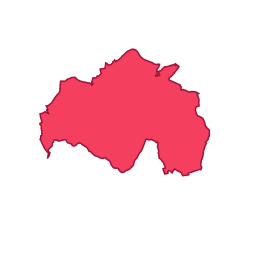 the district of Sarmasu, Mures, Romania, rotated 227°
{"feature_id": "2599482B42966946124172", "entity_name": "Sarmasu", "entity_type": "district", "adm_level": 2, "iso_a3": "ROU", "parent_name": "Romania", "parent_adm1": "Mures", "projection": "mercator", "projection_center": [24.153, 46.751], "detail": "fine", "context": "isolated", "style": "filled", "palette": "rose", "viewbox_px": 256, "rotation_deg": 227, "n_neighbors": 0, "source": "geoboundaries", "source_scale": "gbopen_adm2", "svg_char_len": 5848}
<svg xmlns="http://www.w3.org/2000/svg" viewBox="0 0 256 256"><g transform="rotate(227 128 128)"><path d="M181.6,185.9L181.8,185.6L183.0,184.6L184.2,180.6L184.5,179.9L184.5,177.8L184.4,176.6L184.4,173.9L184.6,172.7L184.6,172.3L184.3,171.4L184.1,170.8L184.3,169.6L184.2,168.1L184.2,167.7L184.5,166.7L184.9,165.7L184.8,164.4L186.8,164.5L186.7,164.3L186.7,163.9L186.6,163.7L186.5,163.0L186.5,162.8L186.7,162.5L186.7,161.9L186.5,161.6L186.3,161.4L186.1,160.8L186.0,160.3L186.0,159.8L185.9,159.4L185.9,159.0L186.7,157.4L187.2,156.8L188.6,156.6L189.4,156.6L190.4,156.4L190.7,156.5L190.5,156.3L190.5,156.1L190.8,156.0L190.4,155.6L190.2,155.6L187.3,151.8L188.8,149.8L190.1,147.7L187.5,146.3L186.0,145.6L186.0,142.5L185.9,142.4L187.0,140.8L187.0,140.6L186.3,139.0L188.6,136.4L186.9,134.1L186.8,133.8L186.8,133.5L185.8,132.3L185.6,132.5L185.5,132.3L185.6,132.2L185.0,131.9L184.4,132.2L184.1,132.4L184.0,130.6L185.3,130.8L186.3,130.8L187.6,130.3L188.0,129.9L188.1,129.1L188.9,129.0L190.1,128.4L191.0,127.6L193.0,126.2L195.1,125.0L197.0,124.2L198.9,123.9L200.0,123.8L201.0,124.0L203.3,121.3L204.0,119.1L204.8,117.6L205.0,116.0L205.0,114.5L205.3,113.7L205.6,113.1L206.4,112.7L207.2,111.7L208.2,110.7L207.6,109.8L207.3,109.5L207.1,109.5L205.9,107.9L204.1,106.1L203.0,104.8L202.4,104.4L201.7,103.6L201.2,102.7L200.8,101.8L200.5,100.6L200.6,99.5L200.4,97.5L200.2,96.2L200.0,95.3L199.9,94.4L199.4,94.0L199.5,93.3L199.2,92.0L198.9,91.2L198.4,88.7L198.6,87.7L198.7,85.2L199.0,84.5L199.9,83.3L199.3,83.2L197.9,82.6L197.0,82.4L196.6,82.1L196.2,81.8L196.7,81.3L196.8,80.9L196.7,80.8L195.7,80.5L192.8,79.8L194.4,79.0L195.0,79.0L195.4,78.8L195.9,78.7L196.5,78.4L196.7,77.1L197.1,75.5L197.6,74.8L197.7,74.5L198.4,73.4L196.6,72.1L194.3,70.8L190.7,68.9L191.5,66.8L191.0,66.4L191.0,66.5L190.6,66.3L189.3,66.2L188.5,65.9L188.2,65.6L187.0,64.3L184.3,62.6L183.6,62.0L182.6,61.0L181.7,60.4L181.3,59.6L181.8,58.8L181.0,58.2L180.2,57.2L179.7,56.5L179.8,56.1L179.2,55.8L177.0,55.3L173.9,54.2L169.6,53.0L168.6,52.8L164.8,52.6L163.6,52.4L163.3,52.1L162.0,50.1L161.0,48.8L160.9,48.9L161.0,49.6L161.4,51.0L162.2,52.6L162.8,53.3L163.1,54.1L163.4,54.1L163.9,53.9L164.9,53.8L165.6,54.2L166.0,54.5L166.5,54.7L166.6,55.3L166.5,56.0L166.8,57.4L166.5,58.3L166.7,59.4L166.6,60.2L167.6,61.2L168.3,62.2L168.5,62.7L168.7,63.9L169.4,65.3L169.5,65.8L169.3,66.0L167.3,68.1L166.0,68.1L165.4,68.7L164.0,71.2L163.4,72.5L163.0,72.9L162.8,73.5L162.5,73.8L162.0,74.4L161.6,74.4L159.9,73.9L158.4,73.8L157.7,74.3L156.5,74.7L155.2,75.7L153.6,75.4L153.6,75.5L152.6,75.5L152.2,75.7L151.6,76.3L151.0,77.5L150.9,78.1L151.0,80.3L150.8,81.6L150.7,81.8L149.8,82.3L149.2,83.0L148.9,83.2L147.8,83.1L147.0,83.2L141.5,84.7L137.7,83.7L136.0,84.5L133.9,84.5L132.6,84.7L130.7,84.8L129.7,85.2L128.5,86.2L125.3,87.1L124.2,87.8L122.8,88.8L122.7,89.6L122.5,90.0L121.7,91.3L121.3,91.1L120.3,91.1L115.9,92.1L112.0,90.5L109.1,90.3L108.1,90.6L107.0,91.6L106.4,92.4L105.5,93.0L105.0,93.2L103.8,92.9L102.2,92.7L101.3,92.8L99.8,93.1L98.9,94.0L98.5,95.0L98.4,95.3L98.4,96.4L98.3,97.1L97.0,100.2L96.8,101.3L96.8,101.6L97.0,102.9L96.9,104.0L96.9,104.8L97.2,105.9L97.1,106.3L98.0,107.9L98.4,108.4L99.8,111.0L99.9,112.8L100.0,114.3L100.1,114.9L100.6,115.8L101.6,118.1L101.8,119.2L102.1,121.8L102.7,123.7L103.6,125.6L104.8,127.7L105.3,129.3L106.2,130.5L107.5,133.9L104.7,135.3L104.3,136.1L104.2,136.8L104.0,137.0L101.4,138.2L100.5,138.6L99.0,138.7L98.0,138.7L97.7,139.9L97.2,139.8L96.3,139.4L95.1,138.1L94.2,136.7L93.5,136.3L91.2,135.4L90.4,134.9L89.7,134.1L89.2,133.2L88.4,132.8L84.8,130.4L84.4,130.2L84.2,130.4L82.9,130.8L80.8,130.3L79.4,130.4L78.5,130.3L73.4,128.2L73.4,127.7L74.4,125.9L72.7,124.9L69.2,123.5L68.8,124.2L68.2,125.7L67.9,125.8L67.9,126.1L67.7,126.6L69.1,127.2L68.9,127.6L68.9,128.0L69.0,129.0L68.7,129.2L67.8,129.4L65.1,129.6L65.2,129.9L65.6,130.0L65.7,130.7L65.4,130.7L65.8,131.9L66.3,134.2L64.5,134.5L62.5,135.1L60.3,136.1L59.0,136.4L58.6,136.4L57.6,135.9L55.8,135.5L52.3,140.5L53.8,141.1L50.6,148.5L49.1,151.6L49.0,151.9L47.8,152.9L48.4,154.2L49.1,155.2L49.6,155.4L51.0,155.8L51.9,156.4L52.5,157.4L54.3,159.6L55.0,161.2L56.9,164.3L57.8,165.2L59.4,167.2L60.2,168.3L60.9,169.8L61.4,170.4L62.4,172.2L62.9,173.5L63.1,174.7L64.7,175.1L64.8,175.7L64.7,176.7L65.1,179.1L65.2,179.3L66.0,179.7L66.2,180.0L66.5,181.7L69.1,184.4L70.2,185.4L70.7,185.8L71.4,186.1L72.0,185.9L72.8,186.0L73.5,185.7L74.8,185.9L75.2,186.2L75.7,185.9L76.2,186.1L76.8,185.9L77.6,186.6L80.0,187.9L81.5,188.5L83.9,189.2L84.0,189.3L85.9,188.7L86.6,188.6L87.7,188.1L88.5,187.6L89.3,187.3L92.0,187.9L92.9,188.4L94.9,189.3L95.4,189.7L95.7,190.4L95.9,190.7L97.0,191.5L96.3,193.6L95.7,194.8L96.3,195.6L97.5,196.4L99.0,197.7L99.9,198.9L100.4,199.3L101.3,199.8L102.7,200.3L102.9,200.3L103.8,200.8L104.0,201.0L104.3,201.0L104.5,201.3L105.7,201.6L105.0,203.2L105.9,203.0L107.4,202.4L108.7,201.8L109.5,201.1L110.0,200.5L111.2,199.5L112.2,198.2L112.6,197.1L115.2,196.2L118.6,194.6L119.4,192.9L120.0,193.1L122.1,195.0L122.8,194.6L123.7,195.6L124.2,195.3L135.6,190.6L136.6,192.7L136.6,193.2L136.3,194.5L136.3,195.0L136.5,197.1L136.5,198.3L137.5,204.5L137.6,205.8L137.8,206.4L138.2,207.2L141.3,206.7L140.9,205.5L141.7,205.3L141.8,206.5L142.9,206.3L142.7,205.2L143.1,204.5L143.9,203.4L144.2,202.7L144.1,201.9L144.7,201.7L144.8,201.5L144.9,201.4L145.2,201.1L145.2,200.2L145.5,199.5L146.2,198.7L146.4,198.1L146.7,197.5L147.5,197.0L147.7,196.6L147.7,196.1L147.8,193.4L147.5,192.0L147.6,191.1L147.8,190.5L148.8,188.7L146.7,187.8L145.6,187.5L144.9,187.0L145.6,186.0L146.8,183.7L147.6,183.9L147.3,185.2L146.8,186.1L147.9,186.6L148.9,186.9L150.4,188.2L150.8,188.7L151.2,189.5L151.4,190.2L151.7,192.2L151.9,192.6L152.4,193.4L153.1,194.5L153.7,194.1L155.0,192.3L156.2,191.2L156.8,190.8L158.5,190.5L159.4,190.2L167.3,186.4L169.5,186.0L171.4,185.9L173.1,186.0L176.7,186.8L178.8,187.0L180.1,186.7L181.4,185.7L181.6,185.9Z" fill="#f43f5e" stroke="#9f1239" stroke-width="1.5"/></g></svg>